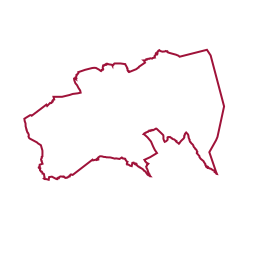 Grue nor, Hedmark, Norway (Mercator projection), rotated 345°
{"feature_id": "86288312B6649018055667", "entity_name": "Grue nor", "entity_type": "district", "adm_level": 2, "iso_a3": "NOR", "parent_name": "Norway", "parent_adm1": "Hedmark", "projection": "mercator", "projection_center": [12.179, 60.414], "detail": "fine", "context": "isolated", "style": "outline", "palette": "rose", "viewbox_px": 256, "rotation_deg": 345, "n_neighbors": 0, "source": "geoboundaries", "source_scale": "gbopen_adm2", "svg_char_len": 5755}
<svg xmlns="http://www.w3.org/2000/svg" viewBox="0 0 256 256"><g transform="rotate(345 128 128)"><path d="M38.0,157.5L39.1,155.0L41.9,155.3L45.1,158.3L45.4,158.3L45.4,158.5L45.8,158.8L46.1,158.7L46.2,159.0L46.6,159.1L46.8,158.6L47.5,158.4L47.5,158.2L47.6,157.9L48.4,157.8L48.6,158.2L49.3,157.5L50.1,157.3L52.0,157.9L52.6,158.4L53.0,158.1L53.4,158.2L54.2,159.3L54.4,159.9L55.2,160.2L56.5,160.0L56.8,160.2L57.5,159.8L58.0,159.8L58.2,159.4L59.1,159.3L59.3,159.5L59.7,159.0L59.7,158.7L60.5,158.5L60.4,158.2L60.5,158.1L61.0,158.1L62.4,159.0L85.5,149.4L85.8,150.2L88.9,150.3L90.2,149.7L90.3,150.5L90.1,150.8L91.2,150.8L91.6,148.8L93.4,148.1L94.1,148.2L95.4,148.6L97.2,149.7L98.8,150.2L99.5,150.7L103.4,151.9L107.4,154.2L108.5,154.2L111.8,155.7L114.4,154.9L114.7,155.4L114.9,155.9L115.5,156.3L116.1,156.3L116.3,156.6L117.3,157.0L117.2,157.5L117.5,158.0L117.5,158.6L118.0,159.4L118.1,160.0L118.6,160.5L118.4,160.6L118.3,161.1L117.5,162.4L117.7,162.8L117.8,162.8L117.8,163.1L118.9,163.4L120.3,165.0L121.7,165.8L123.2,162.8L124.5,162.9L124.7,163.8L124.9,163.9L125.0,164.2L125.4,163.9L126.2,164.2L126.9,164.7L126.9,164.9L126.3,165.4L126.4,165.6L126.5,165.9L126.9,165.9L127.5,167.3L127.9,167.8L128.3,167.9L128.8,168.9L129.4,169.1L129.5,169.4L129.8,169.8L130.6,170.4L130.9,170.9L131.4,171.3L132.0,172.3L132.3,173.3L132.8,173.5L133.8,175.2L134.0,176.1L134.8,177.7L134.7,177.9L135.5,179.0L136.5,179.4L136.8,180.3L137.1,180.4L137.0,180.2L136.7,178.6L136.7,178.2L136.3,178.0L136.3,177.3L136.2,177.0L136.3,176.7L136.2,176.5L136.1,175.3L136.0,175.1L136.1,174.6L136.0,174.1L136.0,172.9L135.6,171.8L135.6,169.9L136.6,169.2L136.8,168.5L137.6,168.3L138.4,167.8L137.4,166.8L136.8,166.3L136.7,165.8L136.1,164.9L135.9,164.2L136.0,163.9L135.9,163.8L135.6,163.0L141.9,161.9L149.5,159.7L148.2,156.0L147.5,152.5L146.7,147.0L144.4,142.0L141.9,138.2L141.5,138.0L142.0,137.6L143.3,137.2L144.1,137.2L144.4,136.9L146.4,136.8L146.5,136.5L147.6,136.3L147.9,136.0L148.6,136.6L149.4,136.2L149.5,136.5L150.3,136.6L150.9,136.1L151.8,136.6L154.9,135.8L155.3,136.0L155.8,136.7L158.8,141.6L160.2,144.0L160.1,145.2L159.4,147.6L159.6,149.9L159.9,150.9L161.5,150.6L163.1,149.7L163.5,148.8L163.6,147.6L163.9,147.2L164.6,147.1L165.4,147.5L166.2,147.5L166.8,148.2L167.1,148.7L167.8,149.3L167.8,149.6L168.4,150.3L169.8,151.1L170.5,152.2L171.2,152.9L171.3,153.0L170.9,153.4L171.8,154.7L172.9,155.8L172.9,156.1L173.1,156.4L173.9,155.9L174.7,155.1L176.3,154.0L179.1,152.5L180.2,151.2L180.2,150.8L180.1,150.4L180.5,149.8L181.2,149.3L181.3,148.7L181.8,148.2L183.0,147.4L184.2,149.6L184.4,150.7L184.2,151.4L184.3,152.2L184.0,153.1L184.2,153.7L184.2,154.3L184.5,155.2L184.3,155.5L184.2,156.1L184.5,157.7L184.8,157.9L185.2,159.2L185.8,160.0L186.3,160.9L186.6,161.9L186.5,162.5L186.8,163.7L187.3,164.4L187.6,165.7L188.1,166.1L188.6,167.5L188.5,168.6L188.8,169.1L188.0,169.8L187.9,170.2L188.7,171.5L189.1,172.5L189.6,173.3L189.7,173.8L189.5,174.6L190.2,176.5L192.4,179.6L192.6,180.8L192.8,181.1L193.0,182.0L193.4,182.9L193.4,183.2L193.1,183.6L193.3,184.3L193.6,184.8L193.4,185.3L193.5,185.8L193.9,186.3L194.6,186.0L194.7,186.4L195.2,186.4L195.3,186.9L195.1,187.3L195.7,187.4L196.1,188.1L197.2,188.6L197.7,189.0L197.9,189.5L198.6,190.0L199.5,191.1L200.6,191.7L200.9,192.1L200.5,192.5L200.3,193.1L201.2,193.6L201.3,194.5L201.6,195.2L202.0,195.4L201.7,193.3L200.3,172.4L209.9,162.6L212.1,159.8L226.4,132.0L226.6,79.3L224.5,72.9L196.3,72.5L195.4,71.2L193.3,69.6L187.3,66.1L185.9,65.1L186.0,64.3L185.7,63.9L185.0,63.9L184.4,63.4L183.5,63.6L181.1,63.2L179.7,62.4L179.0,61.8L178.4,60.9L177.2,61.3L176.9,61.6L176.9,61.9L176.1,62.1L175.7,62.9L175.8,63.4L175.7,63.9L175.4,64.0L175.1,64.5L174.8,64.4L174.8,63.8L174.5,63.0L174.3,63.0L173.9,63.8L173.7,64.5L172.3,65.3L172.1,65.8L172.3,66.2L171.7,66.7L171.8,66.9L169.9,66.8L169.3,67.2L167.4,66.4L166.4,66.7L165.4,66.3L164.1,66.8L163.5,66.3L162.9,66.9L162.3,67.1L160.7,66.8L161.0,67.2L161.1,68.0L161.1,68.7L161.3,69.3L154.4,71.7L153.9,72.4L153.3,72.4L151.3,73.3L144.0,74.2L144.0,73.7L143.6,73.3L143.5,74.0L143.3,74.0L143.1,73.1L142.8,73.1L142.5,72.1L142.7,71.2L142.9,70.8L142.6,70.2L142.8,69.9L142.7,69.7L142.7,69.1L142.4,68.3L142.3,67.4L142.0,66.8L141.9,65.6L137.4,63.7L131.7,62.2L131.3,62.3L130.2,63.3L129.6,63.5L129.2,63.4L129.1,63.7L128.9,62.8L125.9,61.5L124.7,60.6L124.3,60.7L123.8,61.3L122.9,61.4L122.5,61.1L122.6,60.8L121.9,61.1L121.5,60.9L120.9,61.1L120.8,61.4L120.5,61.3L120.4,61.5L120.1,61.4L120.0,61.9L119.5,62.4L119.1,63.5L119.3,64.6L119.1,64.7L118.9,65.2L117.7,65.1L117.3,65.7L117.3,66.0L117.2,66.3L117.3,66.5L116.6,66.0L115.1,64.1L112.6,61.7L110.9,61.1L108.9,60.8L101.7,60.7L94.4,61.2L94.4,61.8L94.0,62.5L92.2,63.2L92.1,63.8L91.8,63.8L91.8,64.2L90.8,65.5L91.0,65.9L91.0,66.3L90.1,65.9L90.0,66.2L90.1,67.0L89.5,66.3L88.7,66.3L88.6,66.9L88.5,68.2L88.8,71.2L89.9,73.5L90.5,76.4L91.5,79.4L91.4,81.6L88.5,81.5L83.4,80.8L80.0,81.0L72.3,80.8L64.1,78.6L64.1,81.4L62.8,81.6L62.3,81.9L62.2,82.9L61.7,82.9L61.7,83.1L60.5,84.0L59.7,84.0L59.3,83.6L55.6,85.8L55.2,84.3L38.2,91.2L37.8,90.6L36.8,90.3L30.3,92.2L30.0,94.6L30.2,97.0L29.5,100.2L29.6,100.9L29.5,102.0L29.6,102.4L29.7,103.0L29.4,103.4L29.6,103.7L29.6,105.4L29.8,106.0L29.7,106.3L29.8,106.6L30.2,107.0L30.4,108.9L30.0,110.1L29.7,110.3L29.8,111.8L30.3,112.7L36.3,118.3L37.1,119.6L39.4,122.1L39.5,127.5L39.2,128.9L38.0,133.2L37.2,133.5L37.0,134.0L37.1,134.5L36.1,135.5L35.8,136.1L35.9,136.4L35.9,137.2L36.1,137.5L35.9,137.7L36.1,138.6L36.1,139.2L36.2,140.4L33.2,140.6L32.8,141.6L32.8,142.6L31.7,142.8L31.5,143.2L32.1,144.3L32.7,144.5L32.3,145.2L32.1,146.0L32.3,146.2L32.6,147.5L33.3,147.7L33.5,148.4L33.7,148.5L33.8,149.2L33.6,149.9L34.8,150.5L34.9,151.1L34.6,153.0L34.7,153.3L34.6,154.4L33.9,154.8L33.9,155.3L33.7,155.3L33.8,155.5L33.6,155.5L36.0,156.3L38.0,157.5Z" fill="none" stroke="#9f1239" stroke-width="2"/></g></svg>